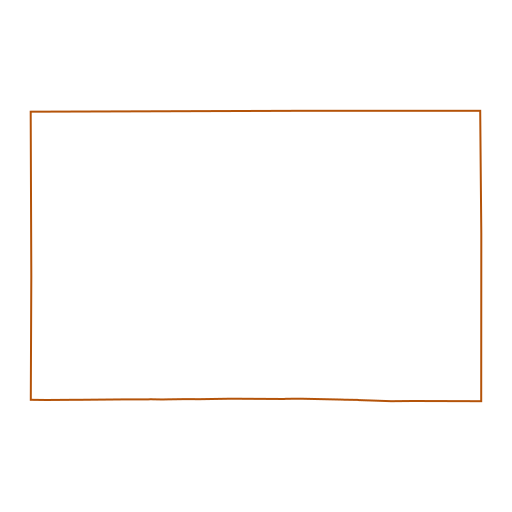 Lafayette, Wisconsin, United States of America (Robinson projection)
{"feature_id": "52423323B65148542949332", "entity_name": "Lafayette", "entity_type": "district", "adm_level": 2, "iso_a3": "USA", "parent_name": "United States of America", "parent_adm1": "Wisconsin", "projection": "robinson", "projection_center": [-90.154, 42.66], "detail": "fine", "context": "isolated", "style": "outline", "palette": "amber", "viewbox_px": 512, "rotation_deg": 0, "n_neighbors": 0, "source": "geoboundaries", "source_scale": "gbopen_adm2", "svg_char_len": 551}
<svg xmlns="http://www.w3.org/2000/svg" viewBox="0 0 512 512"><path d="M30.7,111.7L31.3,276.2L30.8,399.8L46.4,400.0L73.4,399.8L75.5,399.8L79.5,399.8L124.5,399.4L148.2,399.4L150.9,399.2L152.6,399.3L163.3,399.5L165.2,399.4L186.2,399.1L199.3,399.2L218.1,398.9L231.2,398.7L247.6,398.8L284.3,399.0L285.8,398.8L300.6,398.7L342.7,399.6L344.0,399.7L357.5,399.9L359.1,400.1L368.0,400.4L368.4,400.4L391.2,401.2L412.8,401.0L413.2,401.0L413.3,401.0L481.2,401.2L481.3,233.9L480.2,110.8L301.0,110.8L30.7,111.7Z" fill="none" stroke="#b45309" stroke-width="2"/></svg>